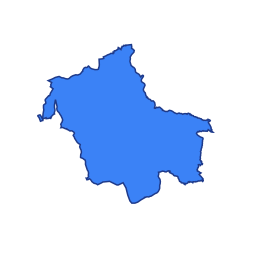 the district of Nimigea, Bistrita-Nasaud, Romania, rotated 130°
{"feature_id": "2599482B55798820459251", "entity_name": "Nimigea", "entity_type": "district", "adm_level": 2, "iso_a3": "ROU", "parent_name": "Romania", "parent_adm1": "Bistrita-Nasaud", "projection": "orthographic", "projection_center": [24.308, 47.25], "detail": "fine", "context": "isolated", "style": "filled", "palette": "blue", "viewbox_px": 256, "rotation_deg": 130, "n_neighbors": 0, "source": "geoboundaries", "source_scale": "gbopen_adm2", "svg_char_len": 5690}
<svg xmlns="http://www.w3.org/2000/svg" viewBox="0 0 256 256"><g transform="rotate(130 128 128)"><path d="M192.3,121.3L192.2,118.6L191.1,116.3L191.0,114.8L187.0,113.0L185.5,112.5L180.7,107.8L178.8,100.0L178.0,98.9L173.1,96.6L175.2,91.0L179.5,85.1L182.6,79.7L183.1,76.8L181.1,74.4L178.5,72.9L174.8,71.9L170.7,70.4L170.5,70.7L170.1,70.5L170.1,70.2L168.5,69.3L167.4,67.7L166.1,67.2L165.7,66.7L165.1,66.4L160.9,65.1L159.2,64.2L157.3,64.0L155.0,64.5L153.8,65.0L151.4,67.0L150.1,67.5L148.2,68.8L146.7,70.6L146.3,72.3L145.6,73.8L143.2,75.0L142.3,76.2L141.2,75.2L138.9,73.9L137.9,72.3L137.9,71.7L137.5,71.1L136.9,70.4L136.0,70.2L134.8,69.5L134.3,68.6L134.8,68.6L134.6,67.6L135.3,67.6L135.3,66.8L134.9,65.9L134.9,65.3L134.5,64.0L134.9,62.5L134.7,61.5L134.3,61.3L134.2,60.8L133.3,59.2L133.2,58.7L134.3,57.0L134.6,56.0L135.7,54.2L135.3,52.7L135.7,52.1L135.7,51.9L134.9,50.7L134.8,50.3L134.3,49.6L134.9,49.0L134.7,47.9L133.7,48.3L133.4,48.2L133.2,47.6L133.0,47.4L131.6,46.9L130.4,47.2L130.2,46.1L129.3,46.2L129.1,45.2L128.3,44.2L128.1,43.6L128.2,43.2L127.2,43.5L126.6,42.6L125.7,41.8L125.8,41.6L124.5,40.6L123.4,40.1L122.1,38.6L121.5,38.5L120.7,37.9L121.1,36.9L121.0,36.4L120.0,36.5L119.5,36.9L119.4,37.2L119.5,37.4L119.2,38.0L118.7,38.0L118.1,41.5L118.2,42.3L117.9,43.1L117.9,43.6L116.8,43.7L116.4,43.3L115.5,43.2L115.8,44.2L115.9,46.1L116.1,46.4L116.1,46.9L116.3,47.1L115.8,47.6L115.7,48.2L114.4,48.5L114.0,48.9L112.9,48.9L111.9,49.2L111.9,49.5L111.3,49.9L110.9,50.5L110.2,50.0L110.0,49.5L110.1,48.4L108.4,48.5L108.2,48.2L108.1,47.7L107.5,47.9L107.4,49.2L107.0,50.1L106.7,49.8L106.3,50.1L106.1,52.4L104.8,52.9L103.8,54.0L102.2,54.8L101.3,55.6L100.1,56.2L99.4,57.4L98.4,57.5L96.9,58.5L95.5,58.9L95.3,59.3L94.9,59.3L94.2,59.8L93.4,60.0L93.2,60.4L92.2,60.9L91.1,61.9L90.0,62.5L89.6,63.0L88.3,63.4L87.6,64.0L87.6,64.8L88.1,66.1L88.4,67.1L88.7,70.3L88.1,72.1L87.3,72.3L85.6,72.1L85.5,71.2L84.2,71.1L84.1,70.4L83.5,69.5L81.8,68.8L81.8,68.1L81.2,67.5L80.0,65.8L79.4,65.5L79.3,65.1L77.7,65.5L77.6,64.5L77.7,62.3L77.2,61.1L76.6,60.3L76.5,62.1L76.2,62.9L75.5,62.6L75.0,64.1L74.3,64.6L73.8,65.5L73.0,67.4L72.5,69.2L71.8,70.4L71.2,70.2L70.5,69.7L69.5,69.7L69.3,70.4L69.9,72.2L70.6,71.7L70.8,71.8L71.0,72.7L72.0,73.0L72.9,74.4L73.5,74.8L73.7,76.0L74.1,76.3L73.9,77.9L74.3,78.4L74.6,79.6L75.4,80.8L75.3,81.5L75.6,81.6L75.9,83.4L76.2,83.5L76.8,84.9L76.9,85.4L76.6,85.9L77.0,86.8L77.5,87.3L77.2,87.9L77.2,88.4L77.8,88.6L78.0,88.9L77.9,89.2L77.3,89.5L77.2,89.8L77.6,90.2L77.9,91.3L78.3,91.5L79.5,91.6L79.5,91.9L79.3,92.2L79.9,92.8L80.2,93.5L81.4,94.5L82.3,94.9L82.5,96.3L83.5,97.5L83.5,98.1L83.8,98.3L84.2,98.9L85.3,99.4L85.7,99.8L86.2,101.4L86.3,102.0L86.5,102.2L86.6,104.5L87.1,106.3L87.9,107.7L90.2,108.5L90.9,109.7L91.2,109.8L91.6,110.7L91.8,111.7L91.7,112.0L91.8,112.3L92.3,112.9L91.8,113.2L91.7,113.6L91.7,117.0L92.0,117.6L93.2,118.2L93.6,119.0L93.6,119.3L95.1,119.6L95.6,120.0L95.7,120.6L93.7,121.5L92.9,122.1L91.4,123.9L91.0,125.9L91.2,126.4L92.0,127.0L92.3,127.6L91.9,128.9L92.0,129.7L92.5,130.9L92.5,133.1L92.0,132.8L91.7,135.1L90.0,137.4L89.8,138.9L89.3,140.2L88.5,141.1L87.8,141.4L84.4,142.4L83.7,143.3L83.5,144.2L83.8,147.2L83.4,148.1L81.9,149.0L78.9,149.3L78.4,149.5L78.0,149.9L78.1,150.6L78.9,151.0L80.1,151.1L80.4,151.0L80.7,151.1L80.0,153.2L79.8,154.1L80.0,155.7L80.3,156.8L80.2,158.1L80.0,158.5L78.4,160.2L78.0,161.5L77.9,162.6L78.1,163.5L78.1,165.8L75.7,169.4L73.4,170.7L72.3,171.9L69.5,172.4L66.2,172.2L64.5,173.1L64.6,174.2L64.4,174.8L64.7,176.4L63.5,177.2L61.9,179.0L65.0,181.9L65.8,182.9L66.2,182.5L66.5,182.7L66.7,183.0L67.3,184.3L68.2,184.0L69.3,185.0L70.5,184.3L70.7,184.7L72.5,183.8L72.6,184.7L72.4,185.9L72.6,187.2L73.1,187.0L72.8,185.9L77.0,187.3L77.4,187.9L78.1,188.1L79.4,187.3L79.6,188.1L80.6,187.3L81.8,189.1L83.2,189.5L85.2,190.7L87.2,191.4L89.4,192.6L90.3,191.3L91.5,192.1L93.9,194.4L98.0,190.6L99.8,189.4L100.3,189.4L102.0,188.5L103.0,189.1L104.5,190.8L105.8,193.5L106.3,195.3L105.9,197.6L106.0,198.2L107.5,198.2L108.2,198.5L109.0,199.7L110.5,200.2L112.9,199.8L113.8,199.1L114.4,199.4L116.4,199.3L117.6,199.4L119.3,200.3L119.9,200.8L120.8,202.2L123.3,203.8L125.3,204.6L128.1,205.0L129.3,205.8L130.3,207.4L131.1,209.6L132.1,211.0L132.8,213.9L136.0,216.2L139.1,217.5L143.0,219.6L142.2,215.7L144.5,215.0L145.4,214.0L146.3,214.0L146.1,210.6L151.2,209.8L152.6,209.2L153.1,208.9L153.9,209.0L154.2,209.5L159.3,209.7L160.4,208.9L160.8,207.9L161.4,207.3L162.1,207.0L162.2,206.8L164.3,207.4L165.1,207.2L167.0,205.6L168.2,204.2L171.7,202.2L176.1,199.1L174.4,203.5L174.9,204.2L176.3,205.0L176.7,204.9L176.9,204.4L177.2,202.8L179.1,199.4L176.9,198.1L176.2,198.9L174.5,198.4L172.8,197.4L173.5,196.7L171.7,195.0L170.6,194.3L170.5,193.5L170.3,193.3L170.1,193.4L170.0,193.8L169.3,193.7L169.3,194.1L166.0,193.9L164.4,193.3L164.2,194.0L161.6,195.2L160.9,195.8L159.5,197.6L157.7,199.1L152.9,201.8L157.3,195.9L158.9,195.0L159.9,193.9L160.4,192.6L160.6,190.5L161.1,189.4L161.7,187.2L162.5,185.6L162.8,184.8L163.4,183.8L164.1,183.0L165.0,182.8L165.5,182.4L167.7,182.1L168.5,181.8L168.7,181.2L170.1,179.8L170.9,179.6L169.8,178.6L169.4,177.7L168.8,175.4L168.5,174.9L167.9,174.5L168.3,173.8L168.2,173.4L167.8,172.6L167.7,170.9L167.4,170.3L166.9,170.1L166.2,169.0L166.0,167.0L166.2,166.0L166.4,165.7L167.1,165.5L168.8,165.3L169.0,165.1L169.4,163.5L170.2,162.2L171.6,157.8L171.7,155.9L171.4,154.7L171.4,153.9L173.5,152.9L174.7,150.7L175.0,149.8L176.4,148.2L177.4,147.6L178.5,147.3L181.0,145.5L181.1,145.2L180.8,144.5L180.3,142.7L180.3,140.9L180.1,140.2L181.2,138.8L183.1,137.3L183.9,136.1L186.3,132.2L186.7,130.8L187.8,129.3L189.7,128.1L190.6,126.9L192.7,127.0L193.3,127.8L194.1,126.2L193.0,125.3L191.7,125.0L191.6,123.5L192.0,121.9L192.3,121.3Z" fill="#3b82f6" stroke="#1e3a8a" stroke-width="1.5"/></g></svg>